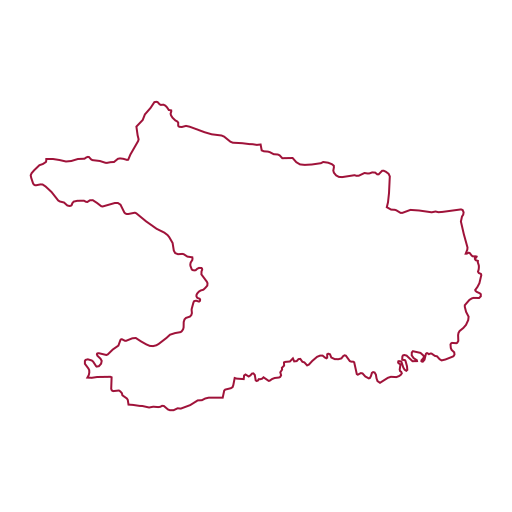 the district of Krong A Na, Đắk Lắk, Vietnam
{"feature_id": "81297802B38165084831058", "entity_name": "Krong A Na", "entity_type": "district", "adm_level": 2, "iso_a3": "VNM", "parent_name": "Vietnam", "parent_adm1": "Đắk Lắk", "projection": "orthographic", "projection_center": [108.03, 12.494], "detail": "fine", "context": "isolated", "style": "outline", "palette": "rose", "viewbox_px": 512, "rotation_deg": 0, "n_neighbors": 0, "source": "geoboundaries", "source_scale": "gbopen_adm2", "svg_char_len": 6059}
<svg xmlns="http://www.w3.org/2000/svg" viewBox="0 0 512 512"><path d="M46.3,159.0L46.2,161.0L45.9,162.0L42.9,164.0L39.4,165.2L34.2,170.2L31.6,173.2L30.7,175.3L31.2,177.8L33.0,183.2L33.7,184.4L34.7,185.1L35.9,185.3L40.5,184.4L42.6,184.5L45.6,186.5L51.6,192.1L58.2,200.5L59.9,201.5L64.0,202.5L67.2,205.4L68.1,205.7L69.8,206.0L71.3,205.5L71.9,204.7L72.2,203.4L73.7,201.6L77.3,200.8L83.9,200.7L86.0,201.8L87.3,202.0L89.9,200.3L92.8,200.2L97.1,203.0L101.2,206.2L102.6,206.5L114.8,203.0L117.9,203.0L120.5,204.7L124.4,212.6L125.4,213.5L126.7,214.0L128.3,214.0L134.9,212.7L136.3,213.3L146.0,221.3L156.6,228.8L164.3,232.6L167.6,235.1L169.2,237.1L172.6,243.0L173.8,250.6L175.2,253.1L178.0,254.2L182.4,253.9L183.7,254.2L187.4,256.6L192.3,257.3L192.5,258.6L192.3,260.0L190.7,262.5L190.3,264.4L190.4,265.8L191.8,269.5L192.7,270.1L194.4,270.4L195.7,270.2L197.2,268.8L199.0,267.9L201.5,268.0L202.0,268.6L202.2,269.7L201.5,271.4L201.4,274.4L206.9,281.8L207.5,283.2L207.3,285.6L205.4,287.8L203.4,289.7L200.7,290.5L198.9,291.6L197.2,293.5L196.5,294.9L196.4,296.1L197.0,297.5L198.0,298.2L199.6,298.7L200.1,299.5L200.0,300.8L199.0,301.6L196.1,300.7L194.2,301.1L193.5,302.3L191.8,308.5L191.6,309.7L191.9,313.1L191.3,315.1L189.9,316.6L186.0,317.9L184.5,319.4L183.7,322.0L183.6,327.4L183.1,329.3L181.7,331.3L180.6,332.1L175.0,333.1L170.0,334.7L166.4,338.0L158.6,344.0L156.3,345.3L153.1,346.1L149.8,345.9L146.3,344.4L141.0,341.4L135.8,338.0L132.3,338.3L126.1,340.8L125.0,340.8L121.8,339.2L120.8,339.5L120.4,340.1L118.4,345.6L112.8,349.5L107.8,354.4L106.4,355.0L99.3,353.3L98.1,353.2L97.1,353.6L96.9,354.4L97.4,355.7L100.5,358.7L101.7,360.9L101.1,363.7L98.9,366.2L96.6,366.6L96.2,366.3L93.1,361.6L91.8,360.5L87.8,359.3L85.6,359.9L84.9,360.9L84.9,363.8L88.4,368.5L89.2,370.1L89.3,372.5L88.8,375.0L87.4,377.6L91.8,377.8L97.1,377.0L110.4,376.8L111.6,377.3L111.2,388.8L111.6,390.0L112.3,390.8L113.3,391.1L118.9,390.5L120.3,391.4L121.9,393.2L122.4,395.3L126.9,398.5L127.8,400.0L128.5,404.6L132.9,404.9L139.6,405.9L142.4,406.0L149.1,407.5L153.3,406.7L158.3,407.1L160.3,406.8L162.1,405.8L163.9,406.0L168.0,409.5L169.9,410.2L173.6,410.2L177.6,408.3L180.8,408.6L190.2,405.1L197.7,400.4L201.9,400.2L205.2,398.5L208.6,397.7L222.7,397.7L224.2,390.6L225.2,389.6L230.9,388.2L232.6,387.1L233.3,385.1L234.7,378.0L236.6,378.6L243.7,379.1L244.1,375.5L245.5,374.5L248.7,376.5L250.4,375.4L252.0,373.6L253.4,373.4L254.8,375.0L255.7,380.4L256.7,381.0L258.1,380.4L258.7,379.2L260.3,379.2L262.1,378.7L263.5,377.3L268.7,380.9L269.7,380.7L272.1,379.0L274.7,378.0L279.1,377.5L280.2,376.9L281.1,375.3L280.3,372.3L282.1,369.6L281.9,367.8L284.1,365.6L284.0,362.4L285.2,361.9L289.9,361.5L292.9,358.4L294.2,361.4L296.7,361.1L298.5,359.1L300.3,358.9L302.4,361.8L304.4,362.4L307.1,365.4L308.9,364.6L312.3,360.9L317.1,356.8L320.1,355.6L322.6,355.6L325.0,357.6L326.4,358.3L327.2,357.7L327.2,354.3L328.2,353.7L330.0,354.3L331.3,357.5L334.7,359.1L338.4,359.2L341.4,358.4L343.2,356.1L344.6,355.3L345.9,355.7L349.8,361.1L351.4,361.7L353.2,361.7L354.2,362.3L356.8,374.1L357.8,374.7L360.8,373.1L362.5,373.4L365.3,376.5L368.8,378.4L369.9,378.0L371.0,375.9L371.9,372.9L373.1,372.1L374.6,372.5L375.9,374.7L376.5,378.3L377.5,381.1L380.0,382.8L387.9,377.8L390.9,376.8L396.4,377.1L399.2,376.0L400.9,374.7L401.8,373.3L401.2,371.8L400.1,371.1L399.7,369.6L400.4,364.9L400.0,364.1L398.5,363.2L398.1,362.4L398.3,361.3L398.9,361.1L401.3,361.5L403.3,367.5L404.6,369.7L406.3,370.8L407.3,369.9L407.0,366.3L405.5,360.9L404.9,360.1L402.6,359.8L402.2,359.4L402.4,356.4L403.0,355.4L404.3,355.0L406.6,355.6L412.5,361.2L417.0,361.1L416.8,360.2L413.6,358.1L411.7,355.3L411.8,352.5L412.9,351.2L420.5,352.9L423.7,355.8L423.8,357.1L423.4,358.1L421.5,360.3L421.4,361.2L422.2,361.7L422.9,361.6L424.5,359.7L425.9,353.9L426.6,353.2L427.5,353.2L428.8,354.2L430.6,353.5L431.6,353.6L434.9,355.9L437.0,356.3L439.6,359.2L441.6,360.4L445.4,359.5L453.0,356.5L453.9,355.7L454.5,354.4L454.2,352.3L451.6,349.9L450.8,348.0L450.5,344.5L451.0,343.5L452.0,342.9L456.4,343.2L457.2,342.8L458.3,340.9L458.1,335.1L458.5,332.9L459.6,331.0L463.3,328.0L466.0,324.9L468.2,320.1L468.6,316.7L466.1,311.9L464.8,306.9L464.8,305.2L469.4,299.9L471.8,298.4L473.5,297.9L479.1,298.0L480.8,296.3L480.8,294.2L479.8,293.3L476.6,291.8L475.5,290.8L475.2,290.0L477.4,287.0L479.4,283.2L481.3,275.1L480.9,273.9L478.8,273.0L478.0,271.7L478.7,269.3L478.9,267.0L478.8,265.4L477.8,262.3L477.9,260.9L475.7,260.2L474.9,259.0L474.9,258.0L476.2,257.6L476.6,256.6L475.7,256.3L472.7,256.3L471.7,255.6L469.7,253.0L468.6,252.7L466.7,253.7L465.7,253.7L467.3,249.6L467.5,247.5L463.8,234.1L460.9,221.5L462.0,216.5L463.2,214.7L463.6,212.3L462.6,210.0L461.0,209.4L442.5,211.9L438.5,212.2L435.5,211.5L431.7,212.3L419.1,210.5L410.4,209.9L402.3,212.9L400.6,212.9L396.3,210.3L394.8,209.8L391.1,209.6L386.8,207.2L388.0,202.3L389.0,193.2L389.8,176.4L388.6,173.8L385.8,171.7L383.6,170.7L382.1,170.8L378.7,174.3L377.2,174.3L375.2,172.6L372.2,172.4L369.5,173.4L367.7,173.5L364.5,173.0L358.8,175.7L356.5,175.8L354.5,175.2L342.2,177.1L338.9,176.9L336.1,175.4L333.9,172.7L333.3,170.6L333.9,167.4L333.8,165.7L331.9,164.2L328.1,162.7L323.2,162.0L320.9,163.2L311.8,164.5L304.7,164.9L300.0,164.4L296.3,162.2L292.6,158.0L282.3,158.2L279.6,155.3L277.8,154.5L273.7,154.2L269.7,152.1L267.9,151.6L263.9,151.3L261.7,150.4L260.6,144.5L256.8,144.9L252.6,144.2L249.4,144.1L242.2,143.2L232.8,142.7L230.4,141.7L224.1,136.6L221.5,135.5L211.7,134.3L204.5,132.2L189.6,126.7L186.0,125.9L181.8,127.0L179.4,126.8L178.5,126.3L178.2,125.5L178.2,122.6L177.3,121.5L175.3,120.4L172.5,117.7L171.0,115.3L170.6,113.7L171.3,111.2L171.2,110.4L168.8,110.0L166.9,107.2L165.3,105.6L163.5,104.7L160.8,104.9L159.6,104.3L157.6,102.1L156.4,101.8L154.4,102.1L150.5,108.0L144.9,114.4L142.7,120.0L136.4,126.6L137.6,135.2L138.6,139.3L138.1,141.1L130.4,154.5L128.2,159.7L127.0,159.9L123.3,158.8L120.0,158.4L117.9,158.8L114.0,162.0L110.4,162.2L106.9,162.9L105.5,162.8L99.9,161.0L92.4,160.1L91.1,159.4L88.9,157.0L87.7,156.9L86.2,157.5L84.5,158.7L77.9,159.0L71.3,161.0L66.0,161.5L59.4,160.0L53.0,159.0L46.3,159.0Z" fill="none" stroke="#9f1239" stroke-width="2"/></svg>